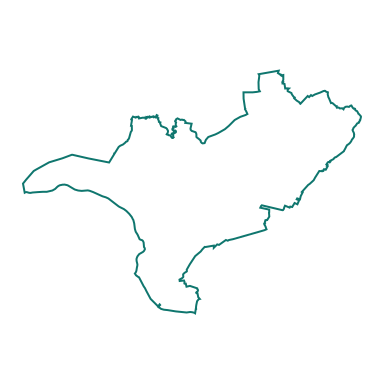 the district of Ocotlán, Jalisco, Mexico
{"feature_id": "50627088B16557920765065", "entity_name": "Ocotlán", "entity_type": "district", "adm_level": 2, "iso_a3": "MEX", "parent_name": "Mexico", "parent_adm1": "Jalisco", "projection": "mercator", "projection_center": [-102.72, 20.387], "detail": "fine", "context": "isolated", "style": "outline", "palette": "teal", "viewbox_px": 384, "rotation_deg": 0, "n_neighbors": 0, "source": "geoboundaries", "source_scale": "gbopen_adm2", "svg_char_len": 6019}
<svg xmlns="http://www.w3.org/2000/svg" viewBox="0 0 384 384"><path d="M278.7,70.7L258.7,74.2L259.1,74.9L259.3,75.9L258.5,82.2L258.7,88.9L258.8,89.4L259.8,91.3L256.8,91.9L253.0,92.3L243.5,92.3L243.6,98.7L245.0,108.2L245.3,108.6L245.0,109.2L246.2,111.3L247.4,114.0L245.6,115.0L240.4,116.8L234.7,120.0L228.9,125.8L224.9,129.2L218.3,133.0L215.4,134.4L208.3,137.0L205.9,139.8L204.6,143.1L202.7,143.4L201.7,142.9L200.8,141.8L200.6,140.5L198.8,138.9L196.8,137.4L196.4,136.9L196.4,134.4L196.1,133.2L195.5,132.2L191.7,130.9L190.7,129.8L190.5,128.6L190.7,127.6L191.6,123.7L185.3,122.9L185.6,122.1L185.5,121.4L183.9,119.9L183.1,120.0L182.0,119.6L180.5,119.9L177.5,118.4L176.1,119.3L175.9,120.3L175.4,120.5L175.1,121.2L175.2,121.6L175.7,121.9L176.1,122.4L176.1,122.7L175.7,123.6L175.8,125.2L175.9,125.7L176.3,126.1L176.4,126.4L175.6,126.9L174.0,126.3L173.2,126.4L173.0,127.0L173.6,127.6L173.6,128.0L172.5,128.7L172.4,129.3L172.4,129.7L172.6,129.9L173.3,130.1L173.7,131.1L174.0,131.1L174.6,130.5L175.2,130.5L175.8,131.0L176.0,131.9L175.7,132.4L174.6,133.1L174.0,132.7L173.7,133.0L173.2,133.1L173.2,133.4L172.8,133.2L171.8,133.6L171.8,134.2L172.1,134.4L173.2,134.7L173.2,136.6L173.3,137.0L173.6,137.3L172.9,138.0L172.6,138.0L172.1,137.9L171.7,137.6L170.4,135.5L170.2,135.3L169.0,135.3L168.2,134.8L167.3,134.7L166.7,134.3L167.7,132.9L168.0,131.4L167.9,130.6L166.9,128.8L166.2,128.1L165.0,127.6L161.2,126.1L160.1,123.4L160.4,122.4L158.9,121.9L158.8,120.7L158.1,119.4L158.3,118.1L157.7,117.9L157.2,117.0L157.5,115.5L156.7,115.1L155.8,117.4L154.9,116.6L154.5,116.7L153.9,117.3L153.6,117.3L152.8,116.8L152.8,116.5L151.6,117.0L151.3,117.0L151.0,116.8L150.7,116.8L150.5,117.3L150.2,117.4L149.6,116.7L149.1,117.5L148.5,117.2L148.0,116.7L147.7,116.8L147.5,117.1L146.6,117.0L146.9,117.9L146.4,118.2L146.1,118.7L145.9,118.7L146.1,118.0L144.5,117.6L144.4,117.8L142.7,117.7L139.7,118.3L139.0,118.4L138.9,117.7L138.6,117.3L138.8,117.1L138.4,116.6L138.2,116.6L137.7,117.2L136.2,116.9L135.7,117.6L133.0,116.6L131.2,119.4L131.3,119.6L132.0,119.9L131.0,125.8L131.8,125.9L131.9,129.6L131.8,130.6L130.8,132.0L129.1,138.1L128.4,139.4L127.8,139.8L127.6,140.7L127.4,141.2L125.9,141.8L125.3,142.6L123.0,144.5L120.3,145.7L118.7,146.9L114.3,154.0L114.1,153.9L114.0,154.5L109.1,162.5L88.3,158.4L72.5,154.8L71.8,154.8L62.4,158.3L49.2,162.3L35.9,169.7L33.7,171.0L26.1,179.7L23.0,183.6L24.7,192.7L25.6,192.2L26.7,192.1L29.1,192.8L30.5,192.9L32.6,192.5L37.9,192.1L42.9,191.8L46.8,191.8L52.4,190.5L55.2,188.9L56.9,187.2L58.2,186.1L59.7,185.3L62.5,184.7L64.6,184.6L67.0,185.1L68.0,185.5L74.7,189.5L78.1,190.5L81.6,190.9L87.8,190.4L89.7,190.8L93.2,192.1L102.5,196.3L105.8,197.3L108.4,198.5L118.4,206.2L119.3,206.8L123.9,209.1L126.4,211.0L129.3,213.9L131.8,217.1L132.8,219.2L133.3,219.9L134.2,223.4L134.9,228.9L135.7,231.7L137.6,234.7L139.6,239.2L140.3,239.6L142.3,240.3L143.0,241.1L143.6,242.4L144.0,247.0L144.7,248.1L144.9,249.2L144.1,250.8L143.0,251.9L139.2,254.1L137.5,256.3L137.0,257.4L136.5,259.0L136.6,261.0L137.4,264.3L137.3,265.9L137.0,267.0L136.4,270.7L136.0,271.9L134.9,273.6L135.1,273.8L136.0,275.3L138.3,277.0L139.0,277.3L143.7,286.3L145.0,288.2L146.3,290.9L150.6,298.9L158.1,306.4L159.6,304.4L160.1,305.0L158.2,306.9L158.3,307.0L158.4,306.9L161.1,308.9L163.9,309.7L167.7,310.1L175.8,311.4L186.6,312.5L190.1,312.0L192.1,312.2L194.1,312.7L195.1,313.3L195.8,308.9L196.1,308.9L196.0,307.2L196.3,305.0L197.1,301.2L198.9,299.0L199.7,298.9L198.2,297.1L197.6,293.8L196.4,293.1L196.2,292.6L196.7,292.0L197.4,292.1L198.0,290.2L197.6,289.2L197.1,288.8L197.1,288.3L189.9,285.9L186.5,286.7L185.8,283.7L185.0,283.8L184.4,283.5L184.5,281.8L184.0,280.5L179.7,281.0L179.5,279.6L182.2,278.1L183.2,277.1L183.3,276.4L183.1,274.6L183.3,274.1L184.6,272.8L186.4,271.7L186.8,271.4L186.9,271.0L186.7,269.8L187.0,269.2L189.8,264.3L195.2,256.1L200.7,251.5L202.4,249.3L204.7,246.9L205.6,247.0L213.8,245.6L213.8,247.8L217.2,244.4L219.0,244.9L225.9,240.0L227.8,240.7L229.0,240.0L232.9,239.2L258.2,232.0L264.4,230.2L266.5,229.3L265.7,227.2L265.6,226.6L264.4,224.6L264.9,223.8L264.3,223.5L265.2,221.8L265.0,221.6L265.4,220.2L266.6,219.9L267.2,220.0L269.3,216.6L269.0,212.6L269.2,212.3L269.2,209.6L260.3,207.7L261.1,206.0L261.8,205.3L282.5,210.2L283.0,210.1L283.8,209.0L284.3,207.3L285.0,205.7L289.6,207.6L290.2,206.6L292.2,207.0L294.6,203.0L297.4,204.3L299.1,200.3L296.7,199.3L297.2,198.4L300.0,199.3L300.7,196.2L302.7,192.3L301.9,191.9L308.2,184.9L309.7,183.9L313.7,180.2L315.1,177.6L319.3,171.0L321.7,171.2L321.9,170.9L322.5,171.1L322.8,170.6L323.4,170.8L324.1,169.2L325.6,169.7L325.9,169.1L326.1,169.2L327.7,166.2L326.8,165.8L327.4,164.7L326.5,164.3L327.7,162.5L328.3,162.0L329.2,161.9L329.4,162.3L329.7,162.4L330.5,161.5L330.2,160.8L333.5,159.1L333.9,158.4L335.3,157.2L336.1,157.1L343.9,151.2L344.0,150.8L345.4,148.3L346.4,146.2L347.3,144.9L348.3,144.4L349.8,143.1L351.1,141.4L352.0,139.5L352.9,138.5L353.9,137.0L354.1,136.0L354.0,134.9L354.2,134.4L353.8,132.8L352.6,130.3L352.6,129.8L353.1,129.1L353.3,128.2L354.6,126.6L355.5,125.9L357.2,123.4L358.8,122.8L359.0,122.4L358.9,122.0L359.4,121.7L359.6,121.4L359.8,120.2L360.2,120.1L360.9,117.2L361.0,116.8L360.8,116.2L358.6,113.7L358.4,113.7L357.6,112.0L357.0,111.1L355.7,110.5L355.3,110.1L355.1,108.9L354.5,108.5L353.7,108.7L352.7,107.7L351.4,105.5L350.5,105.7L349.0,106.9L347.4,106.6L345.9,106.7L344.5,107.5L344.0,108.1L343.5,109.3L342.3,108.3L339.7,108.4L339.1,107.8L338.3,107.5L337.1,107.5L336.9,107.7L336.7,107.5L336.7,106.2L336.0,106.2L332.6,103.2L331.7,102.9L331.0,103.1L329.1,98.5L328.4,97.2L327.7,94.3L327.9,92.3L326.1,91.7L325.2,90.9L324.6,90.8L324.1,91.0L323.6,91.0L320.1,92.6L314.8,94.5L312.2,96.0L311.0,95.1L309.1,97.1L307.7,96.0L300.4,103.8L300.1,103.6L299.9,102.9L299.5,102.7L299.4,102.3L296.7,100.6L294.2,98.3L294.7,97.5L293.8,97.0L292.4,95.1L291.8,94.2L291.4,93.0L287.7,91.2L287.6,89.7L288.9,88.5L286.8,88.3L285.2,88.5L284.5,83.9L282.6,83.5L283.2,82.1L282.4,81.9L283.3,79.9L283.3,75.0L282.4,75.2L282.0,76.0L280.7,75.2L280.9,74.6L279.4,74.0L277.9,73.1L278.7,70.7Z" fill="none" stroke="#0f766e" stroke-width="2"/></svg>